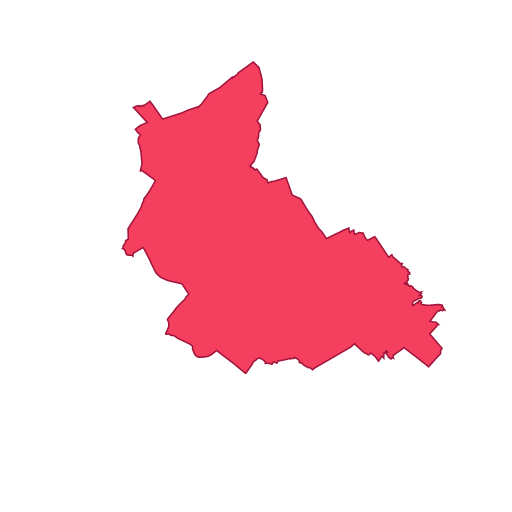 outline of Querétaro, Querétaro, Mexico, rotated 323°
{"feature_id": "50627088B94741817456448", "entity_name": "Querétaro", "entity_type": "district", "adm_level": 2, "iso_a3": "MEX", "parent_name": "Mexico", "parent_adm1": "Querétaro", "projection": "albers", "projection_center": [-100.418, 20.726], "detail": "fine", "context": "isolated", "style": "filled", "palette": "rose", "viewbox_px": 512, "rotation_deg": 323, "n_neighbors": 0, "source": "geoboundaries", "source_scale": "gbopen_adm2", "svg_char_len": 5973}
<svg xmlns="http://www.w3.org/2000/svg" viewBox="0 0 512 512"><g transform="rotate(323 256 256)"><path d="M247.5,63.6L249.5,83.9L243.6,82.4L241.1,82.0L235.9,82.2L235.9,86.4L236.3,88.5L236.5,89.1L236.2,89.9L233.3,90.9L232.0,92.2L231.2,93.3L230.3,94.2L230.0,95.0L229.7,96.3L229.7,97.6L229.0,98.6L226.7,103.7L220.4,113.9L214.8,118.4L216.4,119.5L220.6,133.2L221.0,135.3L218.1,136.5L215.3,137.8L207.6,140.9L200.7,142.9L200.2,143.8L195.6,146.4L194.6,147.4L187.0,150.9L170.1,157.2L170.1,157.4L164.0,165.8L161.5,165.2L160.9,165.4L159.7,166.9L158.6,167.1L155.8,168.1L155.6,168.3L154.8,169.6L153.9,169.7L154.5,170.8L154.6,171.6L154.7,172.7L154.5,173.7L153.8,175.1L153.6,176.4L153.7,177.6L155.3,179.2L157.1,180.6L157.7,182.1L158.2,181.2L160.0,180.0L171.0,181.3L170.4,185.8L168.9,194.5L168.5,196.4L168.2,197.2L165.9,209.6L166.9,215.5L170.0,221.2L171.6,223.5L174.7,227.2L180.0,233.5L180.0,235.2L179.3,246.1L175.7,246.6L173.2,247.7L172.5,247.8L166.1,248.6L161.6,249.4L159.6,249.9L158.8,250.2L155.2,251.2L149.1,252.6L147.8,253.1L147.1,253.5L146.8,253.9L146.5,255.8L145.1,258.3L144.3,259.3L143.6,259.9L142.1,261.0L141.6,261.2L140.6,261.9L139.3,262.4L137.6,263.3L137.0,264.2L139.9,266.2L140.0,267.6L140.1,267.9L142.6,270.4L144.2,275.2L147.8,281.9L150.5,287.3L151.0,290.3L149.6,291.6L149.3,292.2L148.0,296.8L147.9,299.0L148.4,301.1L149.6,302.6L152.9,304.9L157.0,307.2L157.8,307.4L160.7,307.9L167.7,307.8L170.0,316.3L173.6,329.0L176.8,342.9L177.3,343.6L187.4,340.3L189.8,339.1L196.5,338.9L197.0,339.3L198.7,341.9L199.5,344.6L199.6,346.3L198.7,347.4L200.8,348.4L203.6,352.1L206.4,351.2L208.3,354.2L210.0,353.0L219.0,357.4L220.5,357.6L221.2,358.7L222.7,359.4L223.2,359.4L223.9,360.0L224.6,360.7L226.1,360.3L226.2,360.8L227.4,364.1L227.8,365.7L227.0,366.0L226.9,366.5L226.6,367.0L226.8,367.5L227.2,368.0L227.5,368.7L228.1,369.0L228.4,370.9L228.5,371.9L229.6,374.7L230.3,375.7L230.6,376.9L231.9,377.4L232.7,381.0L234.4,380.7L234.9,380.9L236.8,380.9L274.5,385.5L277.1,385.7L282.1,385.4L282.1,385.7L281.9,386.3L282.0,386.6L283.4,394.4L283.7,396.5L284.5,398.8L284.9,399.5L286.2,402.4L286.6,402.9L287.3,403.0L288.5,402.6L289.1,402.6L289.3,402.8L289.6,403.4L290.1,406.0L290.4,406.4L290.4,406.8L290.8,410.3L290.8,411.3L290.5,411.4L290.6,413.8L296.4,411.8L296.6,414.5L299.8,410.3L300.3,410.7L301.0,411.7L302.4,410.0L303.1,410.3L303.2,411.9L301.9,411.1L301.0,412.1L301.4,415.4L301.0,415.8L300.9,416.0L301.6,419.1L301.8,419.4L302.1,419.6L304.0,419.3L304.3,420.2L304.8,418.9L305.8,418.0L315.5,418.2L315.6,418.4L319.0,418.2L323.0,432.4L327.2,448.4L340.2,445.8L342.3,445.5L343.6,445.4L344.4,445.1L345.4,444.3L345.7,443.8L345.8,443.1L349.0,441.7L347.8,422.8L358.2,420.8L360.3,420.1L360.5,420.3L359.9,417.1L357.4,415.1L357.3,414.8L356.8,414.1L355.8,412.8L367.5,409.4L369.2,409.6L369.3,410.2L370.8,410.3L371.9,411.6L371.9,411.8L372.1,411.9L373.0,411.4L374.2,412.9L374.4,410.4L374.6,408.7L374.8,407.9L374.7,407.9L375.0,407.7L375.0,407.3L374.7,407.4L374.5,406.7L373.2,405.4L373.4,405.4L372.4,404.4L371.2,403.6L366.8,401.0L366.7,400.7L365.8,400.6L362.9,398.2L360.0,395.4L359.1,393.8L358.9,393.3L360.2,392.7L360.3,392.5L360.2,391.8L360.4,390.9L359.0,389.8L358.1,390.1L357.2,391.0L356.5,390.2L351.4,389.9L351.4,389.7L351.7,389.0L352.3,388.1L353.1,387.5L354.2,387.1L355.1,387.1L357.8,387.6L359.3,387.6L359.9,387.7L361.0,388.3L361.6,388.9L362.0,389.1L363.9,388.6L364.3,388.4L364.4,388.1L364.4,387.6L364.3,387.0L363.8,386.3L363.0,385.9L365.8,385.3L365.6,384.8L365.8,384.7L365.8,384.3L365.7,384.1L366.0,384.1L365.3,383.7L364.6,383.3L363.8,381.6L362.9,378.9L362.4,376.9L362.4,375.9L362.6,375.5L362.4,374.5L361.6,372.8L361.3,372.4L360.7,372.5L360.5,372.2L360.2,372.3L360.0,371.8L360.0,371.6L359.7,370.2L360.3,370.1L360.1,369.8L360.4,369.8L360.4,369.3L360.2,369.4L360.1,368.7L358.5,368.9L358.1,367.4L358.6,367.6L358.9,367.5L359.7,367.5L359.9,367.4L360.1,367.6L360.3,367.5L360.5,367.3L361.2,367.3L361.9,367.0L362.8,366.9L363.0,366.8L363.5,366.4L363.5,366.0L364.0,365.8L363.8,365.4L363.9,364.9L363.9,364.6L364.3,364.3L364.5,364.4L364.9,364.1L365.2,363.7L365.2,363.3L365.6,362.8L365.7,362.5L366.0,362.2L366.4,362.1L367.2,362.3L367.8,363.1L368.7,361.8L368.1,358.9L367.9,358.9L369.2,358.5L369.0,357.7L368.3,356.8L368.0,356.1L368.0,354.3L367.7,353.7L367.3,353.4L366.9,353.2L366.0,353.0L366.2,352.0L366.3,351.7L366.2,351.6L366.5,351.2L366.7,350.8L368.3,350.3L368.1,349.7L367.9,349.7L367.9,349.8L367.2,350.0L365.2,340.7L365.0,340.1L364.8,338.7L365.3,336.7L361.2,336.9L362.5,314.4L362.5,312.0L354.4,310.5L354.2,307.8L354.3,306.8L354.8,304.1L355.5,302.3L352.4,299.2L350.6,299.0L347.9,298.1L349.7,294.0L346.8,293.6L344.9,293.7L347.0,289.5L340.3,287.7L340.2,287.9L322.6,284.4L322.6,283.6L322.9,282.7L323.2,275.7L322.6,271.9L323.2,265.2L324.6,257.8L324.6,252.9L324.8,250.8L324.7,250.8L326.1,237.3L321.6,229.2L327.2,211.5L314.8,206.9L313.7,206.1L309.5,204.6L310.7,201.7L308.9,197.7L309.0,187.1L307.0,186.8L307.1,186.1L307.1,185.1L306.3,183.8L306.2,183.4L306.4,183.3L306.3,183.2L305.9,182.7L305.7,182.2L305.4,182.2L305.2,181.1L306.1,181.0L306.4,180.7L306.2,180.6L306.0,180.1L307.8,180.0L311.3,179.3L315.6,176.6L319.2,174.2L320.5,172.6L325.6,169.1L326.1,167.9L326.4,165.3L327.2,163.9L328.8,163.1L330.5,161.5L331.1,160.9L331.1,160.6L331.4,160.4L331.7,159.9L332.4,159.2L335.4,158.1L336.1,157.2L337.1,155.2L338.2,154.2L338.2,149.0L357.8,140.5L359.8,133.3L356.9,129.1L357.1,128.9L357.6,129.2L358.0,128.9L358.2,129.0L359.0,128.8L359.5,129.0L361.2,127.1L361.3,127.2L367.3,118.3L369.1,114.1L369.9,111.9L371.8,107.3L370.6,99.4L351.8,99.0L350.8,99.7L344.4,99.6L344.7,98.8L328.2,99.7L316.6,98.1L315.7,98.2L315.7,98.3L313.7,99.0L304.2,101.8L300.3,102.2L299.8,102.6L299.1,102.4L299.4,101.9L289.9,98.7L282.7,97.0L263.8,90.4L264.5,72.0L264.3,71.9L264.5,68.6L259.0,68.5L258.1,68.4L257.5,68.5L257.3,68.1L256.9,68.2L255.4,67.3L255.1,67.5L254.9,67.4L254.9,67.1L254.6,66.9L253.9,67.1L253.5,66.7L253.1,66.5L253.3,66.4L253.3,65.7L252.6,65.2L251.7,64.9L250.6,64.3L249.2,63.9L248.7,64.1L247.5,63.6Z" fill="#f43f5e" stroke="#9f1239" stroke-width="1.5"/></g></svg>